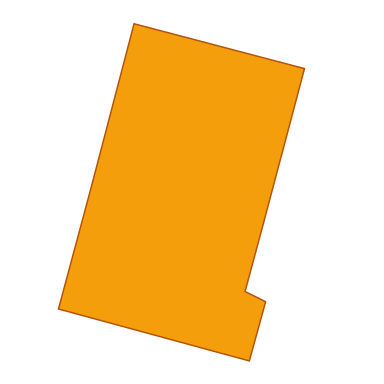 outline of Stone, Mississippi, United States of America, rotated 285°
{"feature_id": "52423323B58582315603742", "entity_name": "Stone", "entity_type": "district", "adm_level": 2, "iso_a3": "USA", "parent_name": "United States of America", "parent_adm1": "Mississippi", "projection": "albers", "projection_center": [-89.176, 30.779], "detail": "fine", "context": "isolated", "style": "filled", "palette": "amber", "viewbox_px": 384, "rotation_deg": 285, "n_neighbors": 0, "source": "geoboundaries", "source_scale": "gbopen_adm2", "svg_char_len": 363}
<svg xmlns="http://www.w3.org/2000/svg" viewBox="0 0 384 384"><g transform="rotate(285 192 192)"><path d="M44.4,93.3L44.3,132.8L43.8,255.4L43.7,291.1L87.8,291.4L101.9,291.5L105.1,291.4L109.6,269.0L178.1,269.1L274.5,268.9L340.3,268.7L340.1,224.7L339.5,92.5L175.7,93.4L154.3,93.4L136.4,93.4L44.4,93.3Z" fill="#f59e0b" stroke="#b45309" stroke-width="1.5"/></g></svg>